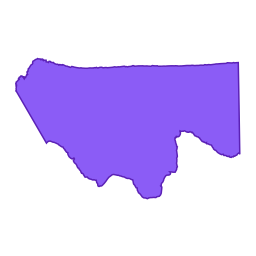 Choll, Palau (Albers equal-area conic projection), rotated 269°
{"feature_id": "81905179B4066449576994", "entity_name": "Choll", "entity_type": "district", "adm_level": 2, "iso_a3": "PLW", "parent_name": "Palau", "parent_adm1": "", "projection": "albers", "projection_center": [134.635, 7.673], "detail": "fine", "context": "isolated", "style": "filled", "palette": "violet", "viewbox_px": 256, "rotation_deg": 269, "n_neighbors": 0, "source": "geoboundaries", "source_scale": "gbopen_adm2", "svg_char_len": 5794}
<svg xmlns="http://www.w3.org/2000/svg" viewBox="0 0 256 256"><g transform="rotate(269 128 128)"><path d="M191.5,239.4L191.4,237.0L191.2,235.7L191.6,235.0L191.2,233.3L191.2,232.6L191.3,231.4L191.4,230.0L191.5,228.5L190.9,227.1L190.8,223.5L190.7,221.2L190.5,218.6L190.5,217.1L190.3,216.2L190.1,214.3L189.8,211.9L190.0,209.5L189.7,208.0L190.0,205.9L189.4,204.5L189.5,203.4L189.6,201.8L189.3,199.2L189.4,198.1L189.3,196.5L189.3,195.2L189.5,194.3L189.6,193.0L189.4,191.7L189.4,190.7L189.5,188.2L189.1,182.7L189.1,180.3L189.1,179.2L189.3,178.3L189.4,176.4L189.3,175.3L189.4,173.9L189.4,172.5L189.4,170.7L189.3,167.6L189.2,166.5L189.3,164.8L189.2,163.0L189.2,161.4L189.2,159.3L189.7,158.5L189.6,157.2L189.7,155.3L190.0,153.4L189.3,151.9L189.4,151.3L189.5,149.7L189.7,148.3L189.7,145.3L189.9,143.7L189.9,141.2L189.9,138.8L189.7,136.8L189.7,135.4L190.2,134.9L190.2,133.6L189.7,132.6L189.5,131.1L189.5,130.0L189.1,128.6L189.5,127.1L189.3,126.3L189.8,125.7L189.8,124.8L189.2,120.0L189.4,119.5L189.1,117.6L189.4,115.6L189.0,113.7L188.9,112.3L188.8,111.0L188.6,108.4L188.9,107.1L188.8,105.7L188.6,104.2L189.2,102.8L189.2,101.7L189.1,100.8L188.5,98.9L188.8,98.1L189.2,97.3L188.8,96.8L188.9,95.1L188.5,94.3L188.7,93.3L188.6,92.7L188.7,91.8L188.7,90.5L188.4,88.4L188.5,85.9L188.7,83.3L189.0,82.0L188.8,80.6L189.2,78.2L189.8,75.3L190.2,74.1L190.5,72.8L189.6,71.6L189.8,70.7L190.3,70.1L190.3,69.3L190.8,68.7L191.0,66.9L191.5,66.0L192.3,64.4L192.5,63.5L192.0,63.1L192.4,62.2L192.3,61.5L192.6,61.1L192.6,60.4L192.1,60.0L193.0,58.8L192.9,57.7L193.4,56.3L194.0,55.2L194.8,54.7L194.8,54.0L194.7,53.4L195.2,51.9L195.7,51.8L196.0,51.1L196.0,50.2L194.9,49.5L195.4,48.6L195.6,47.3L196.3,47.3L197.2,47.3L197.2,46.6L197.3,45.8L196.8,44.8L197.0,44.3L197.7,44.5L198.0,44.3L198.4,43.6L198.4,42.9L198.2,42.4L197.7,42.1L197.9,41.8L198.6,41.4L198.6,40.1L198.7,39.5L199.0,38.7L198.6,38.4L198.4,37.8L198.0,36.6L197.0,35.3L196.4,34.1L195.3,33.8L194.0,33.8L193.3,33.2L192.8,32.2L191.8,31.5L190.5,30.7L189.5,30.1L189.1,29.4L188.4,29.3L187.3,29.0L186.4,28.9L186.3,28.4L185.8,28.0L185.3,28.0L184.9,28.3L183.7,28.1L183.3,28.5L183.1,28.3L182.9,27.6L182.5,27.6L181.8,27.1L180.9,26.6L180.2,26.5L180.1,26.0L179.7,25.5L178.9,25.1L179.5,24.7L180.2,24.6L180.3,25.0L180.5,25.1L180.9,25.2L181.1,24.9L181.1,24.5L180.6,24.3L180.6,23.9L181.1,23.6L181.5,23.3L181.8,22.9L181.8,22.5L181.9,22.2L181.8,21.7L181.1,21.5L181.1,21.1L180.8,20.7L180.6,20.4L180.4,20.0L179.4,19.9L179.2,19.4L178.8,19.5L178.4,19.8L178.3,19.3L177.7,19.0L177.2,18.6L176.8,18.1L176.3,17.7L175.8,17.0L175.1,17.1L174.6,16.6L173.8,16.8L173.2,16.7L172.9,17.3L172.1,17.2L172.5,16.9L171.7,16.8L171.3,17.1L170.4,17.0L169.5,16.8L167.9,17.0L167.7,16.7L167.4,16.6L166.9,16.8L166.6,16.8L166.5,17.1L114.3,46.2L114.9,46.7L116.1,48.2L116.3,49.9L115.9,51.0L115.2,52.5L114.9,54.1L114.7,54.5L114.0,56.0L113.4,57.2L113.0,58.1L112.5,58.3L111.4,59.9L110.4,61.3L110.0,62.8L109.1,63.1L108.4,63.6L107.5,64.6L106.7,64.7L106.4,65.2L106.0,65.3L105.2,65.9L104.8,66.2L104.5,67.4L103.5,67.3L102.3,67.6L100.3,68.6L98.8,70.2L98.0,71.6L98.9,73.4L98.0,73.9L96.2,72.8L94.3,73.7L92.9,75.3L91.8,76.0L89.9,76.7L88.8,77.4L88.6,78.1L87.3,78.6L86.2,79.7L85.5,80.0L84.5,80.3L84.2,80.8L83.6,80.8L83.2,82.0L82.4,82.7L81.8,82.8L81.2,83.4L80.2,83.7L79.8,84.0L79.6,84.7L79.7,85.9L79.6,86.6L78.7,87.2L78.2,87.6L78.1,88.4L77.6,89.0L77.5,90.0L77.0,91.0L76.7,91.7L76.6,92.4L76.9,92.8L76.7,93.7L76.4,94.1L76.3,95.4L75.2,95.5L74.0,95.8L72.7,96.7L71.3,96.8L70.2,97.3L70.1,98.5L70.7,99.1L70.4,99.9L70.9,101.1L71.8,102.0L73.1,103.3L75.3,105.1L77.3,106.5L79.1,108.0L80.3,109.7L81.6,111.5L81.8,113.0L81.5,114.1L81.3,115.1L80.9,116.8L80.9,117.7L80.4,118.6L80.0,120.4L79.5,121.4L79.2,122.8L78.9,123.9L78.5,124.3L78.1,125.1L77.6,126.4L77.6,127.6L77.3,129.1L76.8,129.8L76.3,130.8L76.1,131.8L74.8,132.1L72.9,132.4L71.8,132.7L70.7,133.7L69.3,134.4L68.0,135.2L67.9,136.1L67.1,136.2L65.8,136.2L64.6,136.8L63.0,137.4L62.3,138.5L61.3,139.3L60.3,140.1L58.9,141.0L58.3,141.9L57.8,142.7L57.8,144.0L57.5,145.0L57.0,146.0L57.2,146.7L57.6,147.2L58.0,148.9L58.0,150.9L58.1,151.4L58.1,151.9L58.2,152.8L58.0,153.7L58.0,154.7L58.7,155.5L59.0,156.8L59.2,158.1L60.6,159.4L62.3,160.1L67.0,160.7L68.4,160.8L69.5,159.7L69.8,160.2L71.1,160.3L72.0,160.5L73.3,161.8L75.2,162.7L75.9,162.8L76.8,163.2L78.0,163.8L78.9,164.5L79.6,165.0L80.0,165.5L80.2,166.3L80.2,167.4L80.4,168.6L80.9,169.3L81.7,169.7L82.8,169.7L83.4,169.1L83.4,170.4L83.0,172.3L83.0,174.4L84.1,175.0L85.5,175.8L86.5,176.0L87.4,176.0L88.3,176.7L89.3,176.4L92.0,175.9L93.4,176.2L95.9,176.3L97.1,176.1L98.4,176.8L99.3,176.8L103.7,176.3L104.8,176.1L106.5,176.7L107.1,176.5L108.3,177.0L108.9,176.3L109.8,176.3L112.5,175.4L113.6,175.3L114.6,175.0L115.4,174.7L117.3,174.8L117.8,175.5L117.5,175.7L117.8,176.0L118.7,176.1L118.8,176.7L118.3,177.1L118.5,178.5L119.3,179.4L120.3,179.9L121.3,180.3L122.1,180.3L123.0,180.2L123.6,179.9L124.2,180.0L123.8,180.7L123.7,181.6L123.9,182.6L123.8,183.4L124.2,184.1L124.2,184.5L123.6,185.5L123.0,186.5L123.0,187.2L122.7,187.6L122.7,188.6L123.3,189.8L122.9,190.0L122.9,191.1L122.2,191.8L122.5,192.4L121.5,193.0L120.6,193.8L120.0,194.0L119.5,194.6L119.0,194.8L118.8,195.7L118.4,196.2L118.0,197.1L118.0,197.8L117.3,198.4L116.8,199.4L116.3,199.5L115.5,200.2L114.5,200.9L113.3,201.9L113.2,202.7L112.7,203.0L112.8,203.7L112.3,204.1L112.1,204.8L111.8,205.2L112.1,206.2L111.4,206.1L110.8,206.5L110.8,207.8L110.1,208.9L109.7,210.1L109.4,211.2L108.6,211.5L107.0,212.4L106.3,213.0L105.5,213.2L104.3,214.6L104.2,215.3L103.5,215.9L102.0,217.2L100.6,219.3L99.7,221.2L100.1,222.7L98.9,223.4L98.9,224.3L98.7,225.7L98.0,226.4L98.0,227.0L97.7,227.6L98.1,228.6L97.2,229.1L96.8,230.7L97.4,231.5L97.3,232.8L98.1,233.3L97.9,234.3L98.5,234.8L98.8,235.8L99.3,236.6L99.9,236.8L100.5,237.4L101.2,238.6L99.8,239.3L148.3,239.4L191.5,239.4Z" fill="#8b5cf6" stroke="#5b21b6" stroke-width="1.5"/></g></svg>